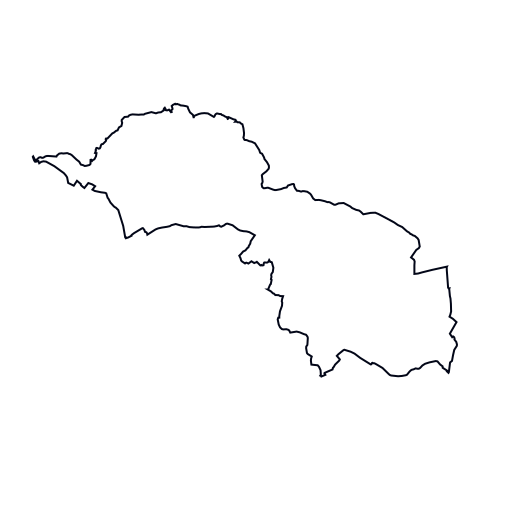 Seica Mica, Sibiu, Romania, rotated 250°
{"feature_id": "2599482B41747805534423", "entity_name": "Seica Mica", "entity_type": "district", "adm_level": 2, "iso_a3": "ROU", "parent_name": "Romania", "parent_adm1": "Sibiu", "projection": "albers", "projection_center": [24.086, 46.046], "detail": "fine", "context": "isolated", "style": "outline", "palette": "ink", "viewbox_px": 512, "rotation_deg": 250, "n_neighbors": 0, "source": "geoboundaries", "source_scale": "gbopen_adm2", "svg_char_len": 6112}
<svg xmlns="http://www.w3.org/2000/svg" viewBox="0 0 512 512"><g transform="rotate(250 256 256)"><path d="M258.5,371.1L261.9,369.5L263.5,368.4L265.1,365.9L268.2,362.7L270.2,361.6L275.8,356.5L277.2,351.7L277.0,348.3L277.4,347.0L281.1,343.8L281.8,342.8L282.2,341.5L283.9,339.5L286.3,335.9L287.2,334.2L288.3,330.8L290.5,329.4L294.6,328.7L296.0,328.2L298.8,326.2L300.3,323.7L301.0,322.1L301.1,320.4L302.6,318.4L303.3,316.8L306.3,315.9L308.6,315.8L310.2,316.2L310.8,315.9L311.2,314.4L311.3,310.2L309.9,308.3L310.4,305.4L310.3,302.4L311.1,297.4L311.6,296.1L312.5,294.8L315.9,290.9L316.3,289.9L316.7,287.4L317.1,286.3L318.8,285.4L321.3,285.8L321.9,286.0L322.6,287.0L323.7,287.7L329.9,289.1L330.6,290.3L332.0,294.7L333.7,297.8L334.9,298.5L336.6,299.0L340.4,298.4L344.3,297.1L345.7,297.3L350.0,296.7L351.4,295.3L351.9,295.2L354.5,295.3L362.2,293.6L364.9,291.0L366.2,288.9L368.1,286.9L368.9,285.1L369.4,284.8L371.7,284.7L373.1,285.7L375.6,286.8L380.4,287.9L384.4,288.3L385.6,287.2L387.2,286.4L388.0,284.3L389.2,283.7L389.1,283.1L389.3,282.4L389.9,283.4L391.0,283.3L392.2,281.5L395.7,277.9L394.5,276.6L394.5,276.3L395.4,276.2L396.0,277.0L396.6,275.8L397.7,274.6L399.2,273.5L400.2,272.2L401.4,271.6L401.6,270.8L403.3,268.1L403.1,266.7L402.7,266.0L401.4,264.7L401.1,264.0L406.4,259.6L407.9,256.4L408.7,253.5L409.0,250.9L408.8,246.0L408.5,245.4L406.9,244.7L410.2,245.0L413.5,243.1L417.4,242.7L419.7,242.8L420.6,241.7L422.1,239.2L423.4,236.5L424.3,235.9L425.1,234.7L425.7,234.2L425.9,233.8L425.9,232.6L426.7,232.1L426.4,229.6L425.8,228.1L423.2,228.0L422.4,227.6L421.9,225.9L420.2,226.0L420.2,225.3L423.3,224.3L423.2,222.6L423.5,221.7L423.9,221.1L424.9,221.3L426.5,221.0L426.1,220.1L425.4,219.4L424.4,219.1L423.6,215.9L424.3,213.1L424.3,210.8L427.0,206.9L427.6,200.3L427.3,198.9L428.6,195.3L428.7,194.4L431.3,188.4L431.6,186.4L431.5,184.9L430.7,183.4L431.6,180.0L429.8,176.4L428.7,175.9L426.9,175.8L424.2,174.0L423.7,171.2L421.4,168.9L421.5,167.4L420.5,164.5L420.4,163.0L417.2,156.5L417.7,155.3L417.5,155.0L417.2,154.7L416.0,154.7L415.3,154.1L413.6,150.4L413.8,149.4L413.7,148.9L412.9,148.0L411.5,147.1L410.6,146.1L410.6,145.0L411.9,143.6L412.1,143.0L410.4,141.5L409.7,141.6L407.9,140.0L407.2,141.3L404.4,139.7L402.3,137.4L402.1,136.9L402.0,135.7L401.4,134.5L402.9,134.0L402.9,133.4L399.2,132.0L398.7,131.2L398.5,130.4L398.8,127.4L399.2,125.8L400.4,124.7L401.8,122.7L405.1,122.1L408.0,120.3L413.8,117.4L415.2,116.3L416.0,115.1L417.0,114.2L417.3,113.6L418.2,110.0L419.1,108.3L419.5,106.1L418.5,103.3L417.7,102.5L421.2,94.7L421.6,93.2L421.6,91.9L421.2,90.1L421.2,89.2L421.5,88.4L422.5,87.4L422.7,86.4L422.7,85.6L421.2,82.1L421.5,81.7L422.2,81.2L425.8,80.7L425.5,80.2L421.6,80.2L420.1,80.7L419.8,82.0L419.7,84.0L417.3,84.0L417.9,86.3L417.7,88.6L416.5,91.0L409.4,97.2L399.6,103.8L396.7,104.9L394.5,105.4L388.9,104.5L384.4,108.8L387.9,113.5L383.5,116.0L383.0,115.7L382.4,115.8L380.4,116.8L378.6,118.0L381.9,123.4L379.4,126.5L376.6,128.7L374.3,125.0L372.3,126.7L368.9,132.1L367.0,135.8L366.1,136.7L361.4,136.5L360.4,136.9L356.0,137.5L351.5,139.3L350.4,139.9L349.4,140.8L346.3,142.3L329.7,141.5L318.4,139.5L318.3,140.0L317.2,139.9L317.1,142.1L317.6,145.9L318.0,145.9L318.4,146.6L319.2,149.2L321.0,158.6L320.9,159.2L320.7,159.3L318.7,160.0L316.6,160.0L315.8,161.1L314.5,161.4L313.2,161.2L315.3,170.6L315.4,172.5L315.4,173.6L314.9,177.3L313.9,182.2L313.5,185.2L313.9,187.1L313.5,191.5L308.6,198.3L307.8,200.8L305.9,203.4L304.1,207.4L302.4,211.9L302.1,213.5L302.1,214.8L300.8,217.7L298.0,226.6L297.5,229.7L297.5,231.7L296.2,232.4L295.4,233.3L295.7,236.4L296.4,238.6L296.3,239.9L296.0,240.5L292.9,244.5L287.2,248.1L285.4,249.8L283.6,252.7L282.4,255.4L280.7,257.9L275.9,262.0L271.7,256.1L269.6,254.8L267.8,252.6L266.7,251.8L266.5,250.7L264.9,248.0L264.6,245.4L263.1,242.8L262.0,240.4L259.2,240.7L256.9,240.5L255.8,240.9L252.8,243.1L253.1,243.6L253.0,244.7L251.5,246.3L252.6,249.9L250.0,251.9L250.1,253.1L249.9,253.8L250.2,254.8L245.8,256.8L245.4,257.4L245.7,258.0L244.9,258.9L244.8,259.9L246.4,260.8L247.0,261.4L247.0,261.9L246.1,263.9L246.0,264.7L246.4,265.7L247.7,267.0L245.5,267.4L245.1,268.3L244.7,268.7L239.0,268.3L235.2,266.3L233.9,264.4L232.8,263.7L231.1,263.4L229.1,262.1L228.2,262.5L224.6,260.3L224.6,260.0L224.0,259.2L220.4,255.9L220.5,255.6L217.7,257.9L215.1,259.2L214.5,260.0L212.7,260.8L211.5,263.8L210.1,265.0L209.0,267.7L206.7,265.9L204.6,264.7L203.2,264.7L200.3,263.4L195.8,259.6L191.7,257.4L190.1,256.8L190.4,255.8L189.0,254.7L183.8,253.9L180.7,254.2L178.5,255.3L177.7,256.5L176.8,259.5L175.6,261.1L174.7,261.7L172.3,262.0L171.1,268.3L169.3,271.0L166.1,274.4L164.9,276.1L162.9,276.7L162.0,276.8L160.9,276.5L155.4,274.1L154.7,273.7L153.8,272.3L152.3,271.6L147.4,270.7L146.2,271.1L142.5,274.0L140.8,272.7L138.9,271.8L135.0,270.9L132.2,276.6L130.3,277.3L126.6,277.6L122.8,276.5L122.1,276.2L121.6,275.5L121.0,276.1L120.4,276.2L120.6,280.5L122.5,280.2L122.7,280.5L123.2,289.1L124.7,290.1L125.0,290.9L126.9,293.2L129.3,298.5L130.2,299.4L134.5,297.8L135.5,299.8L137.6,305.9L137.7,306.9L133.7,312.2L130.6,315.2L124.7,319.0L114.9,326.7L114.8,327.4L115.8,328.5L115.8,328.9L115.0,329.7L114.7,330.6L113.0,332.1L107.5,336.6L99.8,340.3L98.5,341.0L97.5,342.1L94.4,348.4L93.4,352.0L92.7,356.1L92.8,357.3L94.8,360.6L95.6,362.4L95.8,363.6L95.6,365.4L95.8,367.5L94.6,369.6L94.4,370.6L94.7,372.0L96.2,374.9L96.9,378.0L96.7,382.7L95.8,389.0L94.9,390.5L91.1,391.9L88.5,393.6L87.1,393.2L82.5,396.7L82.2,396.0L80.4,396.9L80.9,397.5L89.3,401.8L89.6,402.0L90.4,404.3L95.5,407.3L100.0,410.2L102.9,414.0L104.2,414.6L106.8,414.8L109.6,413.9L110.6,414.4L111.9,414.4L113.0,413.7L112.6,412.6L116.7,411.6L125.3,421.8L129.7,419.5L132.8,417.1L134.5,418.6L137.2,420.4L144.4,422.8L149.5,424.2L152.0,424.5L159.0,426.3L159.5,426.7L159.7,425.9L160.6,425.7L177.3,430.4L180.3,431.4L180.7,431.8L182.7,416.9L183.8,406.5L184.1,402.3L185.0,398.7L193.2,401.7L196.6,403.2L198.4,403.2L201.6,401.2L206.9,408.7L207.7,411.7L208.9,413.1L215.4,414.3L217.3,413.9L220.5,412.1L221.8,410.5L223.3,409.5L223.9,408.6L225.5,408.0L227.6,406.3L233.2,403.3L236.6,399.9L240.2,397.4L253.6,385.4L255.9,382.9L257.3,378.5L258.5,371.1Z" fill="none" stroke="#020617" stroke-width="2"/></g></svg>